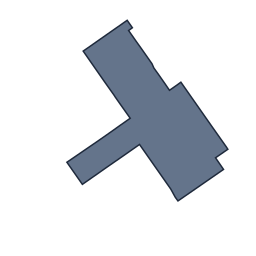 outline of Tulsa, Oklahoma, United States of America, rotated 325°
{"feature_id": "52423323B7804302532987", "entity_name": "Tulsa", "entity_type": "district", "adm_level": 2, "iso_a3": "USA", "parent_name": "United States of America", "parent_adm1": "Oklahoma", "projection": "robinson", "projection_center": [-95.925, 36.14], "detail": "fine", "context": "isolated", "style": "filled", "palette": "slate", "viewbox_px": 256, "rotation_deg": 325, "n_neighbors": 0, "source": "geoboundaries", "source_scale": "gbopen_adm2", "svg_char_len": 834}
<svg xmlns="http://www.w3.org/2000/svg" viewBox="0 0 256 256"><g transform="rotate(325 128 128)"><path d="M182.5,216.7L182.6,202.6L197.6,202.7L197.7,200.1L197.6,175.3L197.6,173.7L197.6,166.2L197.6,161.7L197.6,157.2L197.6,143.5L197.6,139.1L197.6,134.5L197.6,130.0L197.6,120.8L192.9,120.9L189.1,120.9L183.6,120.9L183.7,113.0L183.7,101.6L183.6,93.7L184.5,89.2L184.5,71.1L184.4,62.0L184.4,48.5L189.1,48.4L189.1,39.3L184.3,39.3L165.8,39.3L156.4,39.3L135.4,39.3L135.3,75.6L135.4,93.6L135.3,95.3L135.3,96.0L135.3,103.2L135.4,121.3L130.5,121.3L124.3,121.3L112.1,121.4L99.0,121.4L95.7,121.4L66.0,121.1L58.3,121.0L58.3,148.0L89.9,148.0L109.4,148.1L116.4,148.1L128.0,148.1L128.0,157.2L128.0,161.7L128.0,175.3L128.0,189.0L128.0,202.6L127.0,211.9L127.1,216.4L159.5,216.6L182.5,216.7Z" fill="#64748b" stroke="#1e293b" stroke-width="1.5"/></g></svg>